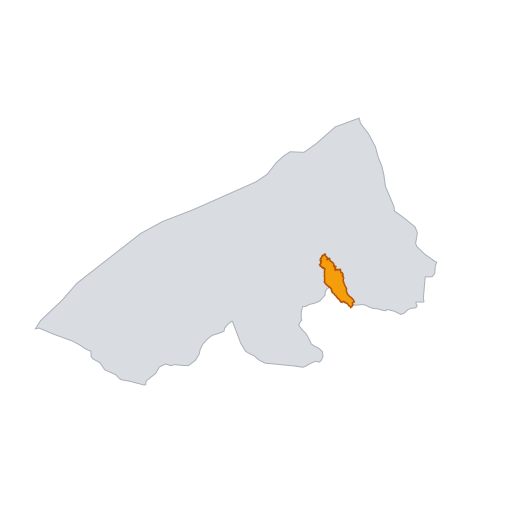 Salayea, Lofa, Liberia (highlighted), rotated 114°
{"feature_id": "62588387B29328841835384", "entity_name": "Salayea", "entity_type": "district", "adm_level": 2, "iso_a3": "LBR", "parent_name": "Liberia", "parent_adm1": "Lofa", "projection": "orthographic", "projection_center": [-9.631, 7.472], "detail": "fine", "context": "in_parent", "style": "filled", "palette": "amber", "viewbox_px": 512, "rotation_deg": 114, "n_neighbors": 0, "source": "geoboundaries", "source_scale": "gbopen_adm2", "svg_char_len": 6234}
<svg xmlns="http://www.w3.org/2000/svg" viewBox="0 0 512 512"><g transform="rotate(114 256 256)"><path d="M88.1,217.9L92.5,214.3L98.9,202.5L107.8,191.2L116.1,184.5L122.7,177.6L129.7,172.3L139.6,166.2L154.9,149.9L158.5,148.0L160.9,136.8L164.8,122.4L169.2,118.0L179.6,115.3L182.0,112.8L185.7,102.7L188.0,91.0L188.3,88.4L192.3,88.1L199.3,85.6L203.3,86.7L205.1,90.1L206.1,93.0L227.2,85.7L229.0,84.1L230.1,84.4L232.8,91.0L234.3,90.6L235.6,88.7L237.0,88.5L238.7,89.4L240.3,92.5L243.0,95.3L247.6,97.2L250.5,99.9L250.2,107.0L251.3,113.9L253.3,115.4L254.3,119.6L254.9,124.1L255.9,126.4L256.7,131.0L256.3,135.9L257.2,139.3L260.5,145.2L262.6,152.7L262.7,158.0L261.4,163.6L259.2,168.6L255.3,174.2L254.9,176.4L257.3,177.8L260.8,178.1L263.8,177.0L271.3,179.5L275.2,183.2L278.7,187.7L281.8,190.0L283.2,192.8L288.5,192.0L294.7,189.3L296.0,188.0L297.8,188.7L301.8,188.9L304.5,184.0L306.8,178.3L311.6,172.1L313.9,169.7L314.5,165.8L314.8,160.7L316.5,156.3L320.4,153.9L324.7,153.9L327.0,154.8L328.2,159.1L331.7,162.3L334.6,164.5L336.2,165.5L338.6,168.0L341.0,176.6L350.2,204.3L349.7,212.0L347.9,217.0L347.9,221.9L347.3,226.7L341.7,234.7L325.2,251.0L326.5,252.4L330.5,254.2L334.5,255.2L337.8,254.7L341.9,258.7L346.4,263.8L351.1,266.4L357.9,268.7L363.9,269.0L369.0,268.0L376.1,269.0L383.7,273.2L386.4,280.2L388.3,286.2L390.9,289.3L391.3,294.5L396.7,299.1L404.4,300.0L414.5,305.4L417.0,305.1L418.1,304.4L419.3,305.4L421.9,321.0L423.9,329.3L422.9,332.6L421.5,335.3L421.5,347.9L417.0,355.1L416.3,363.1L415.0,365.7L410.2,368.0L410.2,374.1L408.9,381.4L408.4,389.3L409.8,409.7L410.1,425.0L412.3,427.9L402.9,426.6L375.1,415.1L353.7,408.5L282.2,370.5L262.3,355.2L239.4,332.4L188.5,286.4L176.9,279.0L162.3,275.4L153.3,271.4L146.9,267.2L141.8,254.4L129.1,246.8L105.7,236.0L88.1,217.9Z" fill="#d9dde1" stroke="#a8b0b8" stroke-width="1"/><path d="M230.9,182.9L230.9,183.0L230.9,183.7L230.5,184.1L230.6,184.7L230.5,184.8L230.5,185.2L230.3,185.4L230.3,185.5L230.4,185.9L230.2,186.1L230.1,186.3L229.9,186.4L229.8,186.7L229.7,186.9L229.0,187.6L228.5,187.6L228.3,187.6L228.2,187.7L228.4,187.9L228.7,188.1L228.7,188.6L228.9,188.4L229.0,188.3L229.4,188.3L229.5,188.4L229.7,188.5L229.8,188.7L230.0,189.1L230.3,189.3L230.5,189.6L230.3,189.9L230.2,189.8L229.8,189.6L229.7,189.6L229.4,189.7L229.1,189.5L228.4,190.2L228.3,190.4L228.3,190.8L228.1,191.1L228.1,191.6L228.1,191.9L227.5,192.5L227.4,193.0L227.2,193.2L226.9,193.0L226.7,193.1L226.1,193.6L226.4,194.1L226.5,194.1L227.0,194.4L227.6,194.3L227.9,194.5L228.1,194.7L228.1,194.9L228.3,195.4L228.3,195.5L228.8,195.6L229.0,195.5L229.4,195.7L229.6,195.7L229.9,195.5L230.2,195.4L230.3,195.4L230.8,195.7L230.9,195.8L231.0,195.8L231.3,195.7L231.6,195.3L232.0,195.4L232.4,196.0L232.7,196.0L233.0,195.8L233.1,195.6L233.4,195.3L234.0,195.5L234.1,195.4L234.1,195.2L234.0,194.8L234.1,194.5L234.0,194.3L234.0,194.2L234.5,194.2L235.0,194.4L235.2,194.5L235.5,194.3L235.6,194.0L235.8,193.8L236.2,193.8L236.3,193.9L236.5,193.9L236.8,194.0L237.1,194.1L237.3,194.1L237.5,193.9L237.6,194.0L237.6,193.9L238.1,193.8L238.2,193.7L238.5,193.4L238.9,193.5L239.1,193.1L238.8,192.5L238.7,192.3L238.8,191.9L239.2,191.9L239.3,191.6L239.5,191.3L239.6,191.2L239.7,190.8L239.8,190.4L239.4,190.4L239.3,190.0L239.4,189.7L239.5,189.6L239.8,189.4L239.9,189.0L239.5,188.8L239.5,188.7L239.4,188.6L239.6,188.0L239.6,187.9L239.8,187.8L240.2,187.8L240.5,187.8L240.8,187.6L241.1,187.4L241.3,187.5L241.8,187.2L242.0,187.1L242.7,187.1L242.8,187.1L243.0,187.0L244.5,186.0L245.0,186.0L245.3,185.9L246.0,185.5L246.4,185.4L246.8,185.3L247.0,185.0L247.4,184.7L248.0,184.5L248.2,184.4L248.4,184.2L248.7,184.0L248.8,184.0L248.9,183.9L249.0,183.9L249.4,183.9L249.9,183.7L250.0,183.5L250.3,183.4L250.5,183.3L250.8,183.3L251.3,183.1L251.8,183.0L251.9,182.8L252.0,182.6L252.3,182.7L252.4,182.4L252.6,181.7L253.3,180.7L253.4,180.4L253.5,180.2L253.6,179.8L253.4,179.6L253.7,179.3L254.0,178.8L254.0,178.0L254.2,177.7L254.3,177.6L254.5,176.9L254.2,176.6L254.4,176.2L254.8,176.1L254.6,175.6L254.9,175.0L254.9,174.9L254.9,174.6L255.3,174.3L255.5,173.5L256.1,173.5L256.3,173.3L256.8,173.1L256.8,172.8L257.2,172.5L257.2,172.2L257.7,172.2L257.9,171.8L258.1,171.7L258.0,171.3L258.6,170.5L258.5,170.1L258.8,169.5L259.0,168.9L259.3,168.6L259.9,166.9L260.0,166.4L260.1,166.0L260.6,165.8L260.9,164.8L261.3,164.4L261.6,163.9L261.3,163.4L261.6,162.8L261.9,162.5L262.0,162.0L262.4,161.6L262.9,161.0L262.8,160.3L263.5,159.8L263.4,158.7L262.9,158.9L262.2,158.2L262.0,157.6L261.8,157.4L262.0,156.9L261.8,156.4L262.3,155.7L262.1,155.3L262.2,154.5L262.2,153.7L262.3,153.0L262.9,152.3L263.1,151.7L263.7,151.1L263.6,149.9L264.2,149.0L264.4,148.7L263.9,148.7L263.8,148.2L263.6,148.1L263.6,147.9L262.4,147.8L261.8,147.6L261.4,147.5L260.7,148.2L260.1,148.6L259.7,148.9L258.6,148.2L257.9,147.5L257.7,147.7L257.4,148.0L257.2,148.3L256.9,148.8L256.6,149.1L256.3,149.5L256.1,149.9L255.9,150.4L255.8,150.8L255.7,150.8L255.6,151.0L255.4,151.9L255.3,152.0L255.0,153.1L254.9,153.8L254.8,154.1L254.5,154.9L254.1,156.0L252.9,157.7L252.8,157.8L252.4,158.1L251.9,158.6L251.4,159.0L250.3,159.6L248.8,160.1L248.7,160.2L248.6,160.4L248.0,161.1L247.7,161.6L247.4,162.2L246.8,162.8L245.5,164.2L244.6,164.9L244.2,165.2L243.7,166.1L242.6,166.5L241.6,166.9L240.9,166.8L240.2,167.2L239.9,167.4L239.9,167.6L239.8,167.8L239.4,168.0L239.2,168.1L239.1,168.4L239.1,169.0L238.9,169.2L238.2,168.7L237.7,169.0L236.9,169.4L236.8,169.7L236.9,170.0L236.2,170.6L236.3,170.8L236.5,171.1L236.5,171.5L236.4,171.9L236.0,172.1L235.9,172.3L235.6,172.3L235.4,172.5L235.2,172.5L234.9,173.2L234.7,173.2L234.6,173.3L234.4,173.3L234.5,173.6L234.6,173.9L234.3,174.0L234.1,174.1L234.9,174.6L235.0,175.4L235.1,175.7L235.0,175.9L235.0,176.0L235.5,176.1L235.9,176.5L236.0,176.6L235.9,176.8L235.6,176.8L235.8,177.3L235.8,177.5L236.3,177.6L236.5,177.6L236.8,177.8L236.2,178.3L236.0,178.2L235.5,178.1L235.2,178.7L234.7,178.6L233.8,178.8L233.7,178.8L233.8,178.9L233.7,178.9L233.8,179.3L234.1,179.1L234.1,179.5L234.1,179.8L234.0,180.1L234.0,180.3L233.8,180.6L233.5,180.6L233.7,180.4L233.7,180.2L233.5,179.9L233.3,179.9L233.4,180.1L233.5,180.4L233.3,180.7L232.9,180.7L232.6,180.7L232.3,180.8L232.8,180.8L232.9,181.0L232.9,181.3L232.4,181.3L231.8,181.6L231.8,181.8L231.4,182.1L231.1,182.6L230.9,182.9Z" fill="#f59e0b" stroke="#b45309" stroke-width="1.5"/></g></svg>